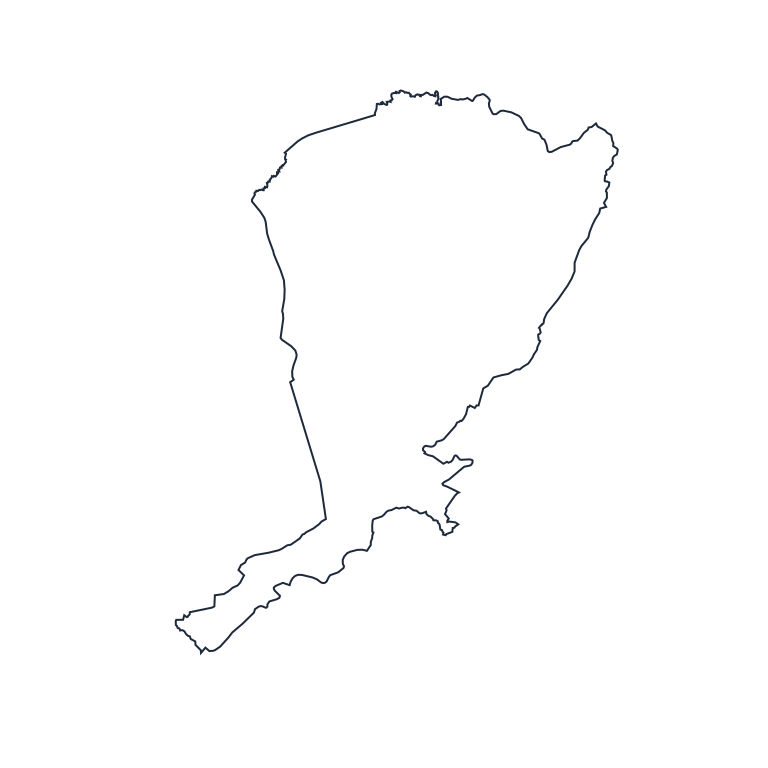 Tron, Uttaradit, Thailand (Robinson projection), rotated 284°
{"feature_id": "78962969B58085194309258", "entity_name": "Tron", "entity_type": "district", "adm_level": 2, "iso_a3": "THA", "parent_name": "Thailand", "parent_adm1": "Uttaradit", "projection": "robinson", "projection_center": [100.116, 17.469], "detail": "fine", "context": "isolated", "style": "outline", "palette": "slate", "viewbox_px": 768, "rotation_deg": 284, "n_neighbors": 0, "source": "geoboundaries", "source_scale": "gbopen_adm2", "svg_char_len": 6146}
<svg xmlns="http://www.w3.org/2000/svg" viewBox="0 0 768 768"><g transform="rotate(284 384 384)"><path d="M104.9,239.5L103.5,239.3L99.7,240.4L99.1,241.6L97.4,242.8L97.2,244.8L95.5,245.8L96.4,247.8L95.7,250.2L93.4,252.5L92.2,254.8L92.2,256.6L89.8,258.2L88.6,263.1L85.3,264.2L81.4,270.6L78.8,271.5L85.0,274.5L82.6,279.2L83.9,283.0L85.2,284.7L89.6,288.6L100.8,294.6L106.2,296.9L117.1,304.7L130.7,313.1L134.3,313.3L137.5,316.1L138.6,317.8L138.9,319.7L138.3,323.0L138.5,324.0L139.8,324.7L142.1,324.2L145.3,325.4L149.2,332.0L151.2,334.2L153.3,334.3L156.9,328.2L158.6,326.6L159.8,326.4L161.8,327.6L166.6,334.0L166.0,341.1L170.0,341.3L173.6,342.4L176.4,344.3L178.1,346.9L178.9,350.7L179.0,361.5L178.2,366.3L176.2,371.0L176.1,373.2L176.8,374.7L178.5,376.1L183.2,377.1L185.5,378.1L190.2,385.1L195.6,389.2L197.5,389.3L199.5,387.6L203.3,386.5L206.9,387.1L210.8,389.1L212.9,391.5L216.6,398.2L218.0,403.2L218.0,407.8L224.5,410.1L227.8,409.4L231.5,409.8L234.3,409.3L237.3,409.7L237.8,408.4L243.8,406.8L248.7,406.1L250.3,406.6L254.9,413.9L257.1,415.6L260.5,417.3L262.1,418.7L263.5,421.8L267.0,425.9L266.8,428.7L268.3,431.4L268.9,433.4L268.7,434.9L270.7,436.6L270.5,438.2L268.6,443.2L268.9,446.3L267.2,449.6L267.4,451.3L268.2,452.9L270.2,455.7L267.9,456.8L266.8,459.1L266.6,461.3L264.7,464.4L263.7,464.9L264.3,467.4L263.9,469.3L262.3,469.9L261.8,471.2L260.7,472.1L256.4,473.9L256.2,475.8L254.8,476.4L254.1,477.7L252.2,477.7L252.2,480.4L253.3,480.7L257.1,486.1L260.9,485.5L261.5,487.0L262.8,487.4L265.8,490.0L267.0,486.9L266.9,485.8L266.4,480.9L265.3,478.9L266.7,478.5L269.1,479.4L272.5,474.7L276.6,475.3L278.2,474.3L292.5,479.7L295.7,481.5L296.9,482.9L299.7,470.1L300.1,465.9L301.4,464.8L303.5,466.2L307.0,470.1L322.6,481.4L323.4,482.3L325.4,486.7L326.6,488.1L328.8,488.9L331.1,488.5L331.6,487.6L331.6,485.3L329.0,476.8L329.3,475.5L332.0,471.7L332.0,470.6L331.2,469.8L326.9,469.0L324.8,467.8L323.2,465.6L323.8,464.0L321.0,460.9L325.7,449.0L325.7,444.0L326.5,440.0L327.9,440.4L329.1,438.0L330.8,437.4L332.9,438.1L334.1,439.3L334.5,444.8L335.5,446.9L337.5,448.4L340.8,449.1L343.2,453.4L344.8,455.2L360.5,463.4L364.2,464.2L365.4,465.9L366.8,467.0L366.8,468.2L369.6,469.6L374.5,470.9L382.0,470.9L382.3,472.0L383.9,472.6L382.7,477.9L385.6,479.0L386.0,480.9L403.8,481.4L407.5,485.2L416.8,488.6L420.8,495.6L423.9,502.2L430.0,508.7L431.0,512.2L434.1,514.5L438.8,519.1L445.4,521.6L449.4,522.4L454.2,524.2L456.7,523.9L463.5,525.2L464.2,523.5L467.5,522.1L469.3,521.7L470.7,523.2L472.1,523.5L475.4,521.6L476.0,520.8L479.1,522.2L479.3,522.8L480.4,523.0L480.8,523.7L481.8,524.1L485.6,523.7L492.0,524.8L507.7,532.2L523.8,538.3L531.8,540.6L539.3,541.7L547.8,539.6L561.1,541.0L565.6,542.2L575.3,546.8L581.4,546.8L589.1,547.8L595.3,549.2L602.0,551.5L606.5,551.3L609.6,556.7L612.9,553.6L618.4,555.3L623.7,553.9L624.7,552.7L626.4,552.7L630.4,554.3L634.0,553.9L634.4,551.8L634.2,549.3L635.0,548.8L639.8,548.1L640.9,549.2L643.7,548.0L645.4,548.5L647.2,550.6L649.3,551.2L650.6,552.4L653.7,552.9L656.0,551.5L658.9,551.4L660.8,552.1L663.1,554.4L667.8,554.2L668.8,553.2L670.3,548.8L673.2,548.3L675.5,546.5L679.8,544.6L680.6,543.8L681.6,540.0L683.6,537.0L685.5,529.0L688.1,526.7L683.5,523.2L682.4,520.5L679.9,520.2L676.0,517.2L669.7,514.6L667.0,512.9L665.5,508.8L664.8,508.0L662.4,507.4L661.2,506.4L656.6,498.1L649.9,490.6L649.0,488.3L649.7,486.5L655.8,483.6L659.9,480.5L660.5,477.9L664.0,474.8L664.8,473.5L665.9,461.8L670.1,457.1L675.3,452.6L676.8,449.9L678.4,441.8L678.1,433.6L677.1,431.0L673.0,427.6L672.3,425.1L672.6,424.0L678.5,419.0L681.7,417.9L684.3,418.1L685.5,417.6L687.5,414.8L689.2,410.9L689.0,409.2L687.7,407.5L686.3,404.4L683.9,402.8L680.4,401.7L679.9,401.0L681.7,395.7L680.4,394.1L679.1,391.5L679.0,389.7L677.6,387.1L677.1,380.7L678.1,376.2L677.4,373.0L674.4,370.2L668.5,371.9L667.8,370.2L668.2,369.4L669.3,369.1L668.7,366.5L669.3,366.5L669.4,367.6L672.0,367.3L673.9,368.0L675.0,367.2L676.3,367.1L676.9,366.1L677.8,366.4L678.4,365.8L679.3,366.0L680.5,364.9L680.7,364.2L680.4,363.5L678.7,363.1L675.6,364.2L675.5,362.9L676.3,361.1L675.7,360.0L675.9,358.4L676.9,356.7L677.0,354.6L673.9,351.7L673.5,350.3L672.1,350.2L672.1,349.2L673.0,349.0L673.3,348.6L672.9,347.5L673.1,346.2L671.7,344.7L670.1,344.4L670.3,343.2L669.4,340.3L669.8,339.8L671.3,340.0L671.7,338.7L672.6,337.7L672.1,336.2L672.5,334.9L671.7,333.7L672.6,332.5L672.9,329.4L672.0,328.2L670.9,328.7L669.9,328.0L670.5,324.9L669.9,324.6L669.1,325.2L668.7,323.0L667.6,321.5L666.8,321.1L664.5,321.7L662.5,323.4L661.3,322.9L660.7,321.7L659.3,322.2L659.4,320.9L658.4,318.4L657.0,319.3L655.7,319.5L655.4,318.9L655.8,316.5L657.3,314.2L656.3,313.3L655.9,314.6L655.2,314.6L654.2,311.8L654.5,310.4L654.0,309.3L649.0,310.2L644.6,309.6L642.8,310.2L611.0,256.6L607.0,250.4L602.6,245.3L598.6,241.6L584.4,231.7L583.7,233.2L579.4,233.2L578.2,233.7L578.0,234.6L577.3,234.4L575.8,235.2L572.9,233.9L572.0,232.8L571.4,233.2L570.7,231.9L569.2,232.2L569.4,231.4L568.9,230.7L566.6,230.7L566.3,229.8L564.9,230.9L564.7,229.9L563.4,230.2L563.5,229.0L562.6,229.1L561.9,229.8L559.1,228.6L559.3,226.8L558.4,226.6L558.6,225.0L557.0,225.0L555.3,224.1L554.6,224.3L553.9,223.6L552.7,224.1L552.3,222.6L551.3,222.6L550.8,221.7L548.3,222.9L546.6,222.9L546.5,220.8L545.3,221.2L544.7,219.8L542.9,220.4L542.7,219.7L543.1,218.2L542.2,217.1L542.2,216.0L540.8,215.1L540.7,213.4L539.6,213.4L538.7,212.3L537.4,212.2L536.6,213.0L531.0,211.3L529.2,211.7L521.3,222.3L516.3,227.7L512.8,229.9L501.5,234.3L496.2,237.5L486.2,244.3L482.9,246.0L469.2,256.2L460.4,261.8L451.4,264.8L442.2,266.7L430.0,267.6L427.4,269.1L422.8,270.5L403.7,272.5L402.2,274.3L398.2,284.9L395.1,289.8L392.3,291.6L390.6,292.3L388.0,292.5L380.1,291.7L374.2,291.8L368.9,293.3L366.3,295.4L363.1,292.5L274.1,345.8L238.9,360.3L235.4,356.6L232.5,355.1L226.8,350.5L221.3,344.3L219.2,342.9L218.3,341.4L213.7,339.6L205.5,332.4L204.1,329.2L199.0,324.3L197.2,322.0L192.4,312.9L186.7,300.0L182.1,294.1L180.5,293.1L177.1,292.4L173.7,289.0L168.3,287.8L164.5,294.5L156.4,292.5L153.1,290.7L149.8,286.5L145.5,283.4L141.5,279.5L138.1,271.0L127.2,273.2L125.4,271.2L115.6,250.8L113.4,251.2L111.5,250.0L110.5,249.8L110.1,249.0L111.3,246.1L106.6,246.1L104.9,239.5Z" fill="none" stroke="#1e293b" stroke-width="2"/></g></svg>